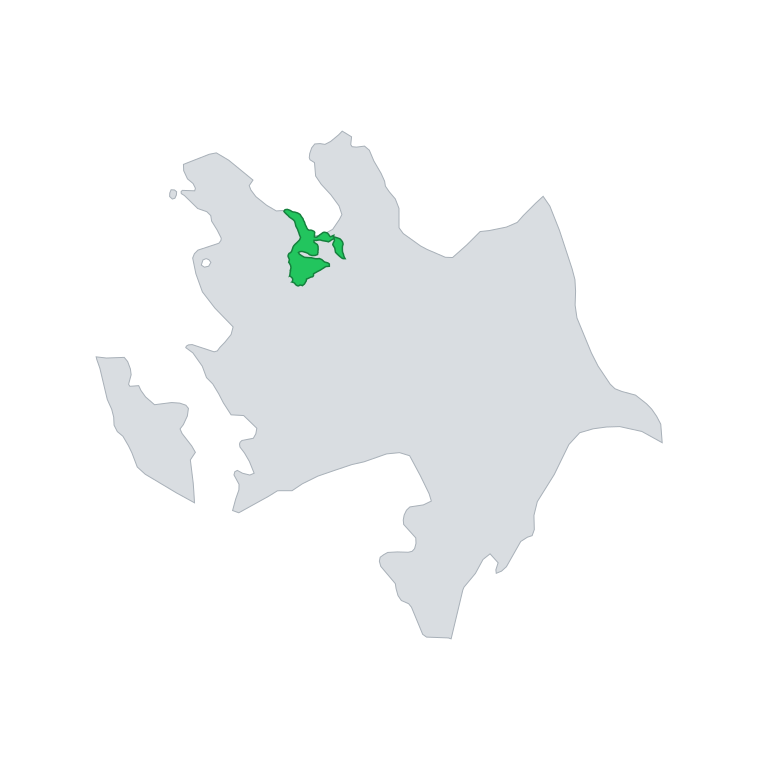 Samukh District, Samux, Azerbaijan shown in context, rotated 17°
{"feature_id": "54616110B65018719015844", "entity_name": "Samukh District", "entity_type": "district", "adm_level": 2, "iso_a3": "AZE", "parent_name": "Azerbaijan", "parent_adm1": "Samux", "projection": "orthographic", "projection_center": [46.456, 40.939], "detail": "fine", "context": "in_parent", "style": "filled", "palette": "green", "viewbox_px": 768, "rotation_deg": 17, "n_neighbors": 0, "source": "geoboundaries", "source_scale": "gbopen_adm2", "svg_char_len": 5995}
<svg xmlns="http://www.w3.org/2000/svg" viewBox="0 0 768 768"><g transform="rotate(17 384 384)"><path d="M522.7,608.1L519.8,608.0L498.7,613.6L494.2,612.1L475.5,589.4L471.8,586.9L463.9,586.0L459.3,582.3L455.4,576.2L453.2,571.6L434.3,559.4L431.4,554.9L431.0,550.8L433.7,547.2L436.8,544.0L445.8,540.7L456.4,537.8L459.8,535.8L461.4,532.5L461.2,527.1L459.4,521.9L443.9,512.6L442.2,508.5L441.6,503.4L442.4,498.1L444.7,494.0L457.0,488.1L463.5,482.1L459.2,475.7L445.6,461.1L429.5,445.1L418.9,445.1L406.9,450.1L387.6,464.3L376.9,470.4L362.9,480.4L347.6,491.5L335.1,503.3L327.3,512.9L313.4,517.2L306.3,525.3L282.8,549.6L276.2,549.3L275.8,537.3L276.2,527.7L274.7,522.3L267.1,514.8L267.0,511.5L269.0,509.5L274.8,510.7L282.3,510.3L285.9,507.3L277.9,497.4L270.8,490.8L264.7,486.4L263.4,483.7L263.4,481.8L264.7,479.5L274.9,474.1L276.0,469.1L275.3,463.5L259.0,455.2L246.8,458.2L235.9,449.0L228.9,441.8L220.2,434.0L212.4,429.8L205.0,420.1L192.1,410.1L183.8,407.2L183.9,405.6L185.5,403.8L189.0,402.4L212.1,402.9L214.9,401.1L216.4,396.9L219.6,390.6L223.3,381.4L223.0,373.5L200.0,360.8L183.4,349.0L171.9,333.6L164.2,319.5L164.6,314.8L166.9,310.4L184.9,297.7L186.1,294.4L185.7,292.1L179.4,285.5L171.5,278.6L169.1,273.6L164.1,271.0L154.6,270.7L138.0,262.1L134.5,261.2L133.7,259.5L134.5,257.8L146.5,254.6L146.4,251.9L142.8,248.1L136.1,245.3L130.1,238.6L128.0,232.6L149.7,215.4L156.1,212.0L170.1,215.4L199.1,227.3L197.1,233.7L200.0,237.4L206.7,242.3L219.5,247.4L230.4,250.0L235.9,247.9L244.3,246.0L255.1,251.8L265.2,259.1L270.2,262.1L272.9,263.0L280.5,260.6L289.7,251.1L293.2,239.8L294.2,234.3L288.9,226.8L277.9,218.6L265.6,211.4L257.8,205.1L252.8,192.6L247.7,191.2L246.4,189.5L245.6,185.3L245.8,179.3L247.6,174.7L252.5,172.8L257.5,172.1L262.0,167.7L267.7,159.1L270.1,154.4L280.7,157.1L282.2,164.8L284.1,166.4L288.5,165.5L295.8,162.2L301.6,164.7L309.2,173.8L319.6,183.4L325.3,189.9L327.5,194.4L332.9,198.7L340.7,203.7L347.0,211.7L352.7,230.2L358.4,234.5L378.6,241.3L385.7,242.7L405.6,244.9L412.6,243.0L422.5,226.8L431.4,210.1L439.8,206.5L455.1,198.2L464.2,190.5L467.9,182.3L476.2,166.7L481.3,158.0L490.6,165.4L506.9,185.8L530.3,219.0L536.1,228.4L540.1,239.3L543.7,252.7L549.2,264.4L573.2,293.6L583.5,304.3L600.3,318.0L606.2,321.0L613.8,321.6L627.8,321.1L640.9,326.2L647.4,329.8L654.2,335.2L660.4,341.5L667.2,358.8L644.5,354.0L621.9,355.8L609.3,360.1L597.1,365.7L585.4,373.4L578.5,387.8L573.3,420.7L565.0,451.7L565.8,465.8L570.3,479.3L570.0,485.7L565.9,488.6L560.8,494.6L554.5,522.9L551.1,528.6L546.7,532.2L545.3,529.0L545.4,521.6L535.1,515.4L530.0,522.8L526.8,538.4L519.9,554.9L519.6,558.0L522.7,608.1ZM181.9,322.6L182.9,318.3L180.1,316.3L177.2,316.1L174.6,318.3L174.5,323.7L178.1,324.8L181.9,322.6ZM105.7,449.3L102.3,444.7L100.8,442.2L111.0,440.3L127.8,434.5L132.3,437.5L137.1,443.8L139.5,449.1L139.8,458.9L141.7,460.5L149.9,457.3L153.5,461.3L159.8,466.1L170.6,470.9L186.4,463.8L194.3,462.0L200.7,462.2L204.1,464.5L205.3,472.1L204.0,481.5L202.1,486.6L205.4,490.4L218.3,499.5L223.6,504.5L221.0,513.2L230.5,534.5L233.7,542.8L237.5,553.0L217.7,548.9L182.0,540.1L172.3,535.5L163.1,523.6L157.7,517.8L149.6,510.3L142.9,507.5L137.9,502.3L135.2,494.7L131.0,487.8L123.9,479.7L107.8,452.2L105.7,449.3ZM129.7,267.5L127.5,269.0L124.2,267.4L123.3,264.0L123.6,260.5L126.9,259.7L129.5,260.8L130.2,264.0L129.7,267.5Z" fill="#d9dde1" stroke="#a8b0b8" stroke-width="1"/><path d="M266.2,313.4L268.0,313.4L269.2,313.8L270.4,314.8L272.4,315.4L273.7,315.1L274.7,313.9L276.3,313.7L277.2,313.8L277.8,312.9L278.0,312.6L278.7,311.6L279.1,309.8L279.5,308.1L279.2,306.2L279.8,305.9L280.8,305.0L282.6,303.3L283.3,302.9L284.4,302.3L284.9,301.1L284.4,299.1L286.2,297.3L287.4,296.0L289.7,293.8L294.0,288.7L297.3,287.4L297.1,286.7L296.9,286.1L296.6,285.2L294.9,284.6L291.4,284.7L288.1,283.2L285.4,282.9L283.9,283.6L281.8,284.2L279.6,284.4L277.5,284.5L276.2,284.9L270.9,286.1L269.2,285.7L268.2,285.5L266.5,285.0L265.2,284.6L263.7,283.3L264.6,282.3L265.9,281.5L267.5,281.1L271.1,281.1L273.2,281.3L274.9,282.1L277.4,282.2L278.2,282.0L280.5,281.2L282.6,279.6L282.4,278.5L282.4,277.4L282.0,276.6L281.7,274.6L281.2,273.2L280.7,271.7L279.4,270.1L277.7,269.6L275.6,268.9L275.1,267.1L277.4,266.5L278.8,265.7L280.8,264.9L283.0,264.9L285.5,264.6L287.9,264.3L289.3,264.3L290.5,263.1L291.5,261.7L292.7,260.5L293.2,259.8L293.7,259.2L294.7,261.4L294.2,264.3L294.3,265.8L297.2,268.4L299.1,272.2L301.2,273.4L304.1,274.8L306.8,275.9L308.3,276.1L310.2,275.5L308.9,274.3L308.0,273.1L307.3,271.8L305.9,270.1L305.3,268.8L304.8,267.3L304.4,266.1L304.0,264.4L304.0,262.2L302.9,260.4L301.2,259.0L299.3,258.0L296.6,257.9L294.4,257.9L292.6,258.1L292.5,256.5L291.7,257.1L290.7,258.1L289.8,258.8L289.2,258.7L288.1,257.8L286.9,256.9L285.7,256.2L284.2,256.1L282.6,256.3L281.6,256.8L281.0,257.5L280.2,258.6L279.5,259.5L278.7,260.5L278.2,261.6L277.3,262.3L276.8,263.3L275.4,263.7L274.4,263.7L274.1,262.4L273.6,260.4L273.4,259.2L272.4,258.5L270.5,258.2L269.1,258.2L267.8,258.7L267.0,258.8L265.8,258.4L264.7,257.5L263.6,256.1L262.6,255.2L261.9,254.3L261.3,253.5L260.8,252.6L260.1,251.9L259.2,251.1L258.2,249.6L256.0,248.0L254.2,246.4L252.8,246.0L251.4,245.7L249.9,245.7L248.4,245.7L247.0,246.0L245.5,246.0L244.0,245.5L242.2,245.3L240.4,245.3L238.7,246.1L238.2,246.6L237.9,247.6L237.9,248.0L237.9,248.3L239.7,249.4L241.4,250.3L242.9,250.9L244.1,251.7L245.6,252.3L246.9,252.7L248.5,253.2L249.7,253.7L251.0,254.6L251.1,254.8L252.0,256.1L252.7,257.3L253.4,258.6L254.6,259.9L255.9,261.1L257.1,262.7L258.4,264.4L259.7,266.3L261.3,268.1L261.3,269.4L261.1,270.9L260.4,272.3L259.4,274.2L258.7,275.4L258.0,276.6L257.3,278.2L257.0,279.4L256.9,282.2L256.9,283.6L256.5,285.1L256.0,285.9L255.0,286.9L254.7,288.4L254.8,289.7L255.7,291.0L256.4,291.7L257.2,292.8L257.3,295.5L257.7,295.7L258.0,296.0L259.0,296.9L259.9,297.8L260.5,298.9L261.1,300.2L261.2,303.0L261.5,303.0L261.6,304.1L261.7,305.1L262.0,306.5L262.1,307.7L262.1,308.3L262.2,308.2L263.2,308.5L263.9,308.8L264.1,308.9L265.1,309.4L265.9,310.2L266.3,311.3L266.3,313.3L266.2,313.4Z" fill="#22c55e" stroke="#15803d" stroke-width="1.5"/></g></svg>